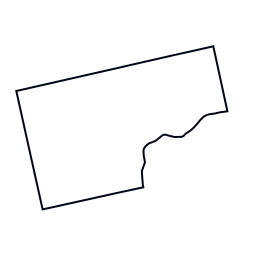 Muscatine, Iowa, United States of America (Mercator projection), rotated 347°
{"feature_id": "52423323B78769996222948", "entity_name": "Muscatine", "entity_type": "district", "adm_level": 2, "iso_a3": "USA", "parent_name": "United States of America", "parent_adm1": "Iowa", "projection": "mercator", "projection_center": [-90.995, 41.466], "detail": "fine", "context": "isolated", "style": "outline", "palette": "ink", "viewbox_px": 256, "rotation_deg": 347, "n_neighbors": 0, "source": "geoboundaries", "source_scale": "gbopen_adm2", "svg_char_len": 697}
<svg xmlns="http://www.w3.org/2000/svg" viewBox="0 0 256 256"><g transform="rotate(347 128 128)"><path d="M26.8,147.9L26.5,188.1L101.9,188.8L129.6,189.2L129.7,186.4L131.5,174.6L132.0,172.8L136.7,165.4L136.9,164.3L137.1,158.5L138.0,153.5L138.6,152.1L139.3,151.2L140.7,150.0L141.7,149.3L144.9,147.7L150.4,147.0L152.5,146.5L159.8,142.9L161.5,142.7L163.1,142.9L166.1,144.7L170.8,147.0L171.9,147.4L178.8,148.7L180.8,148.0L182.5,146.7L189.0,144.2L192.4,142.2L196.2,139.6L200.5,136.3L203.9,134.2L205.3,133.6L207.7,133.1L210.9,132.9L215.3,133.4L221.3,133.4L228.6,134.1L228.7,128.2L229.5,67.6L189.2,67.3L152.7,67.2L141.3,67.2L27.5,66.8L26.8,147.9Z" fill="none" stroke="#020617" stroke-width="2"/></g></svg>